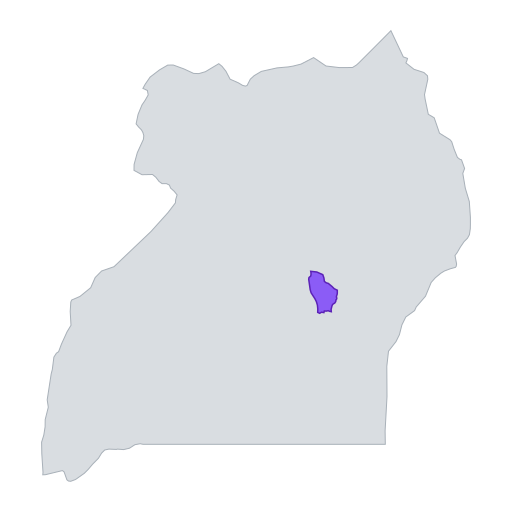 where Kamuli sits in Uganda
{"feature_id": "UGA-3069", "entity_name": "Kamuli", "entity_type": "District", "adm_level": 1, "iso_a3": "UGA", "parent_name": "Uganda", "parent_adm1": "", "projection": "orthographic", "projection_center": [33.145, 0.917], "detail": "fine", "context": "in_parent", "style": "filled", "palette": "violet", "viewbox_px": 512, "rotation_deg": 0, "n_neighbors": 0, "source": "natural_earth", "source_scale": "10m", "svg_char_len": 2791}
<svg xmlns="http://www.w3.org/2000/svg" viewBox="0 0 512 512"><path d="M385.3,444.3L376.7,444.3L362.6,444.3L348.5,444.3L334.4,444.3L320.3,444.3L306.3,444.3L292.2,444.3L278.1,444.3L264.0,444.3L249.9,444.3L235.9,444.3L221.8,444.3L207.7,444.3L193.6,444.3L179.5,444.3L165.5,444.3L151.4,444.3L143.1,444.3L141.4,444.0L140.3,443.7L134.9,444.7L129.5,448.2L123.6,449.6L117.4,449.1L116.6,449.4L113.4,449.3L108.9,449.1L104.7,450.0L101.6,453.1L98.4,458.3L92.6,464.2L88.1,469.5L84.3,473.3L75.5,479.5L70.7,481.3L68.4,481.0L66.9,479.8L64.1,471.9L62.4,470.6L45.4,474.7L42.8,474.8L43.0,472.3L41.8,453.7L41.6,442.2L43.8,435.1L45.1,426.9L45.2,419.6L48.3,407.2L47.2,399.8L51.2,373.8L52.3,369.6L53.9,357.1L56.4,353.2L58.6,351.7L61.5,344.0L67.1,331.7L71.0,325.3L70.2,311.5L70.8,302.0L71.7,300.0L80.0,296.4L90.7,287.7L95.2,277.5L101.6,271.0L114.0,266.7L150.9,231.6L168.0,212.6L175.4,202.9L175.7,199.5L177.1,194.9L174.2,191.3L170.6,188.1L169.4,185.1L166.4,183.6L162.0,183.6L159.1,181.5L155.8,177.2L152.5,174.5L142.0,174.7L134.0,170.4L134.1,164.4L137.3,152.7L143.4,139.4L143.8,135.7L142.9,132.5L141.4,129.8L138.7,127.1L136.1,123.9L138.1,114.3L142.0,104.9L145.2,100.2L148.2,94.9L147.4,90.5L142.9,88.4L145.2,84.2L150.1,77.1L159.5,69.9L167.7,65.1L173.2,65.0L183.9,68.9L193.6,73.4L198.9,73.6L205.4,71.7L218.8,63.7L222.0,66.3L225.9,71.2L230.1,79.2L238.5,82.9L242.6,85.4L245.5,86.1L247.1,85.5L250.3,79.2L254.1,75.7L261.3,71.4L277.0,67.9L288.3,66.9L293.0,66.1L301.0,64.1L313.6,57.6L326.0,66.0L339.4,67.6L352.5,67.5L356.5,65.0L358.7,63.0L372.4,49.3L390.9,30.7L403.3,56.9L407.5,58.4L406.9,60.7L405.9,62.9L414.0,69.3L423.9,72.5L427.5,75.8L427.8,79.3L424.5,94.6L425.1,99.0L428.3,114.3L434.2,117.8L439.5,133.2L450.1,139.8L451.7,141.7L454.1,149.2L457.4,157.4L459.9,159.3L461.5,159.8L464.6,168.5L462.8,173.4L465.3,188.2L469.3,201.5L470.4,217.4L470.4,224.4L470.3,228.7L469.4,234.7L467.5,238.2L464.1,241.6L460.4,247.0L457.1,252.7L455.0,255.5L456.6,264.1L456.2,266.3L455.4,267.4L450.5,268.7L444.4,271.0L440.7,273.3L435.4,277.7L431.2,282.4L425.5,296.2L416.2,307.0L414.6,310.6L405.8,317.0L401.9,324.9L399.4,334.7L396.0,341.6L388.5,351.2L386.8,366.3L387.0,396.5L385.1,430.8L385.3,444.3Z" fill="#d9dde1" stroke="#a8b0b8" stroke-width="1"/><path d="M337.3,290.2L337.3,293.1L337.1,294.5L336.6,295.8L336.4,296.9L336.8,298.1L336.6,299.1L336.0,299.8L335.7,301.6L334.7,303.1L333.6,303.7L332.6,304.5L332.0,305.8L331.1,309.4L331.3,311.7L329.5,311.3L328.2,310.7L326.3,311.1L324.3,311.0L323.9,312.6L321.5,312.2L319.7,313.3L317.7,312.4L317.8,308.9L317.4,305.1L316.4,301.7L314.9,298.7L311.1,292.8L310.2,289.7L308.7,279.2L309.0,277.5L310.7,276.1L311.0,274.6L311.0,272.8L310.7,271.3L316.8,272.0L322.8,274.7L323.9,277.9L324.4,281.4L326.2,282.8L328.3,283.4L331.9,286.4L334.2,288.7L337.3,290.2Z" fill="#8b5cf6" stroke="#5b21b6" stroke-width="1.5"/></svg>